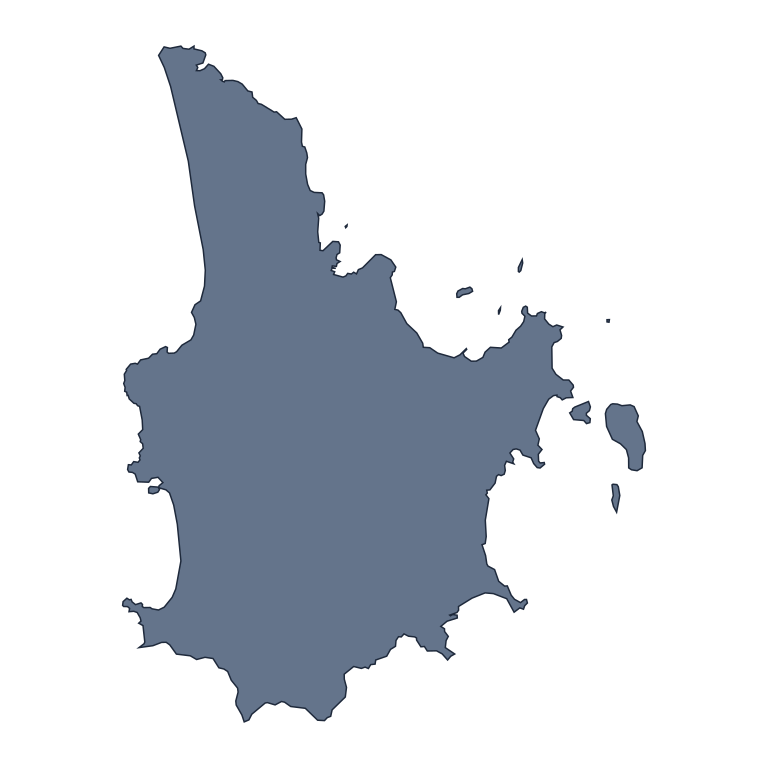 outline of Thalang, Phuket, Thailand
{"feature_id": "78962969B19426862373274", "entity_name": "Thalang", "entity_type": "district", "adm_level": 2, "iso_a3": "THA", "parent_name": "Thailand", "parent_adm1": "Phuket", "projection": "orthographic", "projection_center": [98.366, 8.071], "detail": "fine", "context": "isolated", "style": "filled", "palette": "slate", "viewbox_px": 768, "rotation_deg": 0, "n_neighbors": 0, "source": "geoboundaries", "source_scale": "gbopen_adm2", "svg_char_len": 6107}
<svg xmlns="http://www.w3.org/2000/svg" viewBox="0 0 768 768"><path d="M330.7,716.3L332.1,709.9L345.3,697.0L346.5,687.4L344.3,679.2L344.2,674.2L353.7,666.5L361.4,668.4L365.1,667.1L368.4,668.5L370.7,664.6L375.1,664.1L375.7,660.0L386.7,656.2L390.5,649.4L395.5,646.3L396.0,640.5L398.5,636.7L401.3,636.9L404.0,633.9L408.5,636.2L414.7,636.9L416.5,638.0L416.6,640.1L420.9,646.8L424.4,646.5L427.3,651.0L436.5,650.8L442.2,653.9L447.6,660.0L450.8,656.2L454.7,654.0L445.3,647.6L446.1,640.6L448.3,636.4L444.6,631.5L444.5,628.8L440.8,626.4L447.1,621.2L457.3,618.0L457.1,615.2L452.7,614.5L450.5,615.8L449.7,615.1L457.0,612.5L458.6,610.2L458.5,606.5L472.1,598.1L485.1,592.9L493.4,593.6L506.7,598.7L514.1,612.2L519.8,607.9L523.5,609.2L524.7,605.7L527.4,603.0L526.5,599.5L524.5,599.5L520.5,602.6L514.5,599.3L511.2,595.2L507.3,585.9L504.6,586.1L498.7,581.3L494.6,569.6L488.0,566.1L486.8,563.9L485.6,555.6L482.0,544.7L485.2,543.5L486.2,536.6L485.3,520.2L488.9,498.7L485.9,494.8L487.3,493.1L486.7,490.2L489.9,489.9L495.1,483.1L496.5,476.3L498.6,474.6L501.1,475.6L504.2,474.2L505.3,470.5L504.6,465.4L506.4,461.3L513.8,463.8L512.7,462.1L513.7,458.9L509.9,453.0L513.1,449.5L516.2,448.9L520.0,450.1L522.9,455.1L531.1,457.8L533.7,463.6L537.2,467.6L540.1,468.0L544.6,464.2L544.2,462.5L540.2,463.0L538.6,461.2L538.3,454.3L542.0,449.5L537.9,445.2L539.3,438.9L535.5,430.3L543.3,408.6L548.7,399.2L553.5,395.6L557.0,395.1L557.0,396.6L560.3,397.7L562.2,399.9L566.3,397.8L572.9,397.5L570.6,391.0L573.5,387.3L573.2,385.1L568.8,380.0L563.2,380.0L555.9,374.3L552.1,368.2L551.8,346.9L554.1,342.6L557.4,341.5L561.2,338.4L561.6,335.5L560.0,329.8L563.0,327.0L556.7,325.0L552.9,326.7L548.8,324.1L544.6,318.9L544.8,313.6L546.1,312.2L544.3,312.8L541.4,311.7L537.4,313.5L536.5,315.9L531.5,316.0L527.6,313.1L527.3,307.2L525.7,306.1L523.3,307.3L521.7,311.3L522.0,313.3L524.9,316.2L523.7,321.6L520.6,326.2L516.0,330.2L511.9,337.1L508.7,339.7L509.1,342.1L501.3,348.0L490.4,347.3L485.1,352.1L482.9,357.4L476.4,361.1L471.3,361.2L464.5,356.5L463.0,353.1L466.7,349.4L466.3,348.6L460.0,354.8L454.1,357.8L437.7,353.1L429.8,347.7L423.3,347.3L422.7,343.2L416.8,333.0L406.8,323.6L400.8,312.7L398.0,310.1L394.8,309.4L396.4,301.8L390.3,277.7L392.2,274.9L392.4,272.1L394.4,271.4L395.8,267.1L390.9,259.9L381.2,254.6L375.6,254.7L362.5,267.9L358.4,269.6L356.5,273.9L353.7,272.2L351.4,274.0L347.7,273.4L345.9,275.9L343.0,277.1L333.6,274.5L334.7,271.7L331.2,270.5L332.1,268.1L335.8,268.4L332.0,267.4L332.3,265.9L336.4,266.4L337.0,263.5L340.1,261.5L336.5,259.8L336.1,257.8L337.0,254.5L339.7,252.8L340.2,245.1L338.5,241.8L332.8,241.4L323.0,250.7L320.0,250.3L320.3,242.9L318.8,242.4L317.7,231.8L318.7,218.2L317.6,213.5L319.7,215.6L322.1,214.1L323.9,211.1L324.7,201.2L323.6,194.8L322.1,192.8L314.1,192.4L310.2,190.5L307.6,184.4L305.7,174.0L305.7,164.4L307.5,157.6L306.8,153.0L304.8,147.0L302.4,146.3L301.5,142.1L301.9,129.0L296.2,117.7L291.5,119.2L284.8,119.3L276.6,111.8L274.1,112.1L261.4,104.3L258.1,103.5L256.4,100.4L252.7,97.3L252.0,92.0L247.8,90.9L242.2,84.1L237.9,81.6L232.9,80.4L225.1,80.6L224.3,81.9L222.5,81.3L220.8,79.8L222.4,79.7L222.8,77.8L220.8,73.8L213.9,66.3L208.5,64.2L204.5,68.7L200.0,70.7L196.4,70.6L197.8,67.5L196.3,65.1L202.9,63.0L205.8,54.9L205.2,52.8L201.9,50.8L194.0,48.9L194.0,46.1L189.0,49.2L183.0,48.4L180.9,46.1L170.0,48.3L164.1,46.9L158.6,55.4L164.3,67.5L170.6,86.5L188.3,161.1L194.6,206.0L203.2,249.6L205.3,270.2L204.5,286.1L200.6,300.9L195.0,304.7L191.5,312.4L194.3,317.5L195.9,324.3L193.7,335.0L190.9,339.9L181.9,345.2L176.6,351.7L174.2,353.1L168.5,353.3L167.1,352.0L167.4,347.5L165.6,346.6L160.1,349.2L156.8,353.7L152.5,354.2L148.6,358.2L140.6,359.9L137.5,364.1L135.2,363.3L130.6,364.1L126.2,369.4L126.6,370.5L124.3,374.2L124.8,380.6L123.7,383.5L125.1,387.4L124.7,391.3L126.7,392.2L127.1,395.5L128.1,395.3L129.2,398.9L133.9,403.3L136.2,403.7L137.6,405.7L139.6,406.4L142.2,420.0L142.7,429.6L138.3,434.1L140.7,439.6L140.2,441.6L142.6,443.7L143.2,448.3L138.9,452.9L140.3,455.9L139.3,457.9L140.0,459.9L138.0,462.3L133.7,461.6L131.3,464.9L128.4,464.7L127.6,469.5L128.9,472.0L132.5,472.4L135.2,474.1L137.7,481.8L148.7,482.2L151.5,478.4L158.0,477.3L162.9,482.6L159.1,485.7L158.6,487.7L165.9,489.8L169.5,492.9L173.7,505.1L177.3,524.2L180.9,561.0L175.8,588.9L172.2,597.3L164.2,607.2L158.5,610.0L152.0,608.8L150.2,607.5L143.8,607.6L142.3,606.5L142.5,604.4L141.0,602.9L135.5,604.6L132.1,601.9L131.1,599.4L129.3,599.8L126.9,598.2L123.1,601.6L122.6,605.4L123.7,606.5L127.5,606.6L129.6,608.4L129.0,611.7L133.8,611.3L137.2,612.5L140.2,617.8L141.0,621.1L138.7,623.2L143.0,625.6L144.8,642.0L144.1,643.7L139.0,647.6L152.9,645.7L161.6,642.4L166.2,642.3L169.8,644.9L176.4,654.1L190.3,655.8L196.6,659.5L205.0,657.3L213.0,658.5L218.9,667.8L223.9,669.0L227.7,671.5L231.3,680.3L237.6,688.1L238.1,692.1L235.8,701.0L236.2,705.0L241.9,715.0L244.2,721.9L248.9,719.9L251.8,714.2L265.2,703.0L267.4,702.6L275.1,704.9L281.5,701.5L284.6,702.2L290.7,706.5L305.3,708.3L317.6,720.2L324.5,720.6L327.3,717.6L330.7,716.3ZM621.9,405.7L617.5,404.1L612.7,403.8L610.8,404.5L606.7,409.3L605.4,413.6L606.6,426.5L612.4,439.3L620.5,443.8L626.4,449.6L628.6,457.9L628.7,467.9L631.5,469.8L637.1,470.7L642.1,467.8L642.7,455.4L645.4,450.6L645.0,443.5L642.3,431.5L636.9,421.5L638.3,415.9L634.1,406.6L630.2,404.9L621.9,405.7ZM590.3,418.7L586.4,415.3L586.4,413.2L589.4,410.7L590.4,406.9L588.5,401.5L574.7,407.1L572.7,408.7L572.2,411.2L569.7,412.9L573.6,419.6L583.8,420.5L586.5,423.6L589.9,422.6L590.3,418.7ZM616.9,484.6L613.0,484.2L612.0,484.9L613.3,495.8L611.8,500.0L613.5,506.5L616.6,512.2L619.8,495.5L618.3,486.7L616.9,484.6ZM471.9,288.7L469.9,287.1L465.3,288.8L462.7,288.5L458.0,291.0L456.7,293.7L457.0,297.3L459.2,297.3L462.6,294.8L468.9,293.5L472.6,291.3L471.9,288.7ZM158.1,487.1L150.4,486.5L148.6,488.4L148.7,492.9L152.9,493.8L157.8,492.2L159.5,489.6L158.1,487.1ZM519.2,272.1L520.8,270.6L522.7,263.0L522.2,259.6L518.4,267.5L518.4,271.5L519.2,272.1ZM609.0,322.2L609.4,319.6L607.0,319.7L607.0,321.9L609.0,322.2ZM500.5,307.6L498.5,310.6L498.6,314.6L500.3,310.3L500.5,307.6ZM345.7,227.7L346.9,226.5L347.1,224.9L345.2,226.4L345.7,227.7Z" fill="#64748b" stroke="#1e293b" stroke-width="1.5"/></svg>